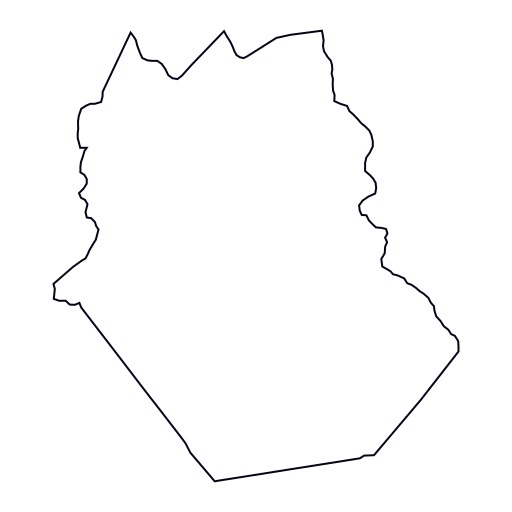 Senhor do Bonfim, Bahia, Brazil
{"feature_id": "56859067B69300901426109", "entity_name": "Senhor do Bonfim", "entity_type": "district", "adm_level": 2, "iso_a3": "BRA", "parent_name": "Brazil", "parent_adm1": "Bahia", "projection": "robinson", "projection_center": [-40.117, -10.481], "detail": "fine", "context": "isolated", "style": "outline", "palette": "ink", "viewbox_px": 512, "rotation_deg": 0, "n_neighbors": 0, "source": "geoboundaries", "source_scale": "gbopen_adm2", "svg_char_len": 2111}
<svg xmlns="http://www.w3.org/2000/svg" viewBox="0 0 512 512"><path d="M321.9,30.7L290.5,34.8L276.4,37.9L247.1,56.4L243.6,58.1L240.0,57.3L236.5,55.1L234.3,51.0L232.5,46.3L230.3,41.8L227.0,36.6L224.0,31.2L191.1,65.4L181.9,75.7L177.4,79.1L172.4,78.2L168.3,75.2L165.4,69.2L161.8,64.0L157.3,60.9L152.5,60.9L147.7,60.4L142.5,58.2L140.0,53.1L137.3,45.8L135.9,40.2L133.7,36.6L130.6,32.6L102.7,91.7L102.5,96.6L101.1,102.0L94.8,103.8L90.3,103.8L85.9,105.8L81.2,108.8L78.8,115.9L78.0,121.6L78.2,129.0L77.7,133.2L77.7,138.0L79.1,143.4L80.2,147.8L86.7,147.8L84.4,151.1L82.8,156.8L81.0,162.0L80.4,166.6L80.4,172.4L84.4,174.9L86.8,179.1L86.7,183.7L83.5,188.7L79.0,193.1L81.0,197.8L85.0,199.9L87.5,204.2L85.5,212.2L86.8,217.5L91.2,218.2L94.9,222.0L96.2,226.1L98.5,229.5L97.2,234.4L95.9,239.5L92.2,245.5L89.5,250.1L87.7,254.2L85.5,258.5L82.2,260.3L72.9,267.0L53.5,283.9L54.8,289.0L53.8,298.9L59.3,300.8L65.6,300.7L69.8,304.6L74.9,304.8L79.4,302.9L81.2,307.5L119.7,357.6L122.3,361.0L142.4,387.3L150.9,398.3L153.9,402.1L158.1,407.5L181.0,437.2L185.5,443.3L190.3,452.6L214.7,481.3L221.9,480.1L230.4,478.8L237.3,477.7L287.1,469.8L359.9,458.3L364.1,455.6L374.0,455.2L420.6,400.1L458.5,351.5L458.5,346.6L458.2,341.1L454.8,335.8L451.0,334.0L448.5,329.9L443.9,326.3L440.5,321.0L436.2,316.3L434.5,310.8L433.9,306.1L430.9,302.8L428.3,297.8L423.5,293.6L419.6,291.1L416.1,288.0L411.5,284.8L407.2,283.2L404.2,278.4L397.8,275.5L392.9,274.2L390.4,271.2L387.0,269.2L382.3,266.5L381.3,259.0L384.7,253.3L385.2,246.5L387.1,242.3L385.1,237.6L387.4,233.5L386.1,229.0L381.4,227.9L376.0,227.4L372.8,224.5L368.9,220.4L366.4,215.3L361.7,214.9L359.7,210.5L359.1,205.4L362.7,200.5L368.4,196.6L375.2,193.5L376.2,188.1L375.6,182.8L373.2,178.7L370.3,175.5L365.1,171.0L365.1,163.0L366.3,157.5L369.7,152.8L372.8,146.5L372.8,141.5L371.4,135.0L369.4,130.7L365.5,126.7L361.1,123.1L358.0,119.4L353.2,114.4L349.5,111.2L347.0,105.9L340.6,103.9L334.3,101.1L334.6,95.0L333.1,90.7L332.7,84.9L332.9,78.5L331.6,73.7L332.3,69.6L332.0,65.1L330.9,60.9L327.6,57.0L324.0,51.2L323.0,46.2L323.6,40.4L322.9,35.7L321.9,30.7Z" fill="none" stroke="#020617" stroke-width="2"/></svg>